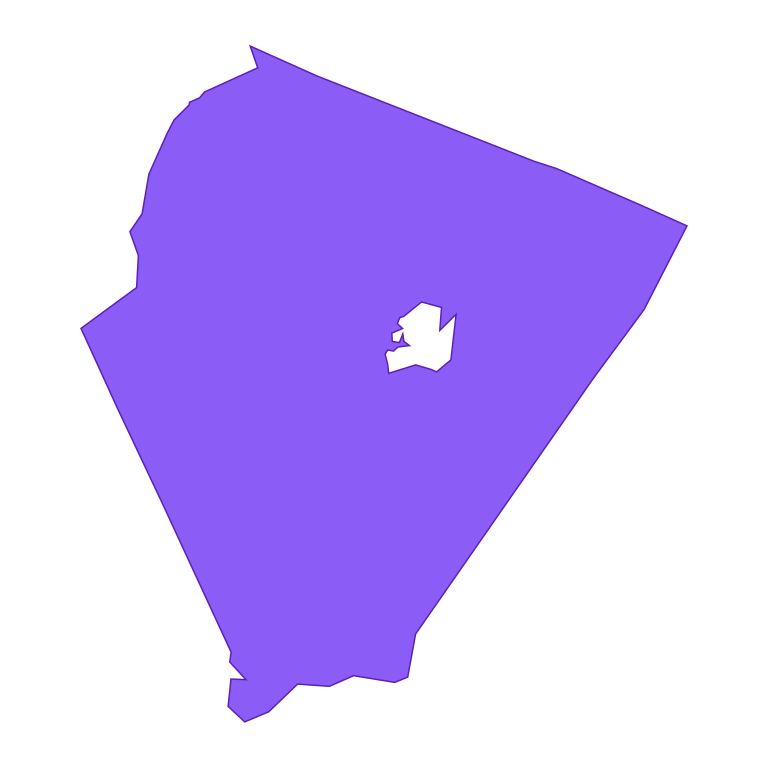 outline of Albemarle, Virginia, United States of America
{"feature_id": "52423323B56828641203792", "entity_name": "Albemarle", "entity_type": "district", "adm_level": 2, "iso_a3": "USA", "parent_name": "United States of America", "parent_adm1": "Virginia", "projection": "mercator", "projection_center": [-78.564, 38.001], "detail": "fine", "context": "isolated", "style": "filled", "palette": "violet", "viewbox_px": 768, "rotation_deg": 0, "n_neighbors": 0, "source": "geoboundaries", "source_scale": "gbopen_adm2", "svg_char_len": 883}
<svg xmlns="http://www.w3.org/2000/svg" viewBox="0 0 768 768"><path d="M415.6,634.0L584.6,390.9L593.3,378.4L644.1,309.5L687.0,225.9L641.3,205.4L557.1,168.8L533.6,161.1L317.0,76.0L250.2,46.1L257.7,67.8L204.5,92.0L199.7,97.7L189.4,102.4L189.2,104.9L174.1,119.9L167.1,133.5L148.9,174.1L142.1,213.8L129.9,231.7L138.4,255.6L136.6,287.6L81.0,328.4L117.1,407.5L163.2,505.2L231.1,652.1L229.8,662.1L246.0,679.7L231.0,679.0L228.1,706.4L244.7,721.9L268.7,711.8L297.6,684.1L329.4,686.3L353.6,675.7L394.9,682.4L407.7,677.1L415.6,634.0ZM385.1,354.1L387.8,349.9L393.5,351.1L398.0,347.0L409.4,345.6L403.9,341.4L402.8,334.0L399.4,342.5L392.3,341.5L391.8,333.1L402.6,328.5L397.3,323.6L399.9,317.5L403.6,316.5L421.5,302.0L441.5,307.4L439.8,330.4L456.1,314.3L450.9,359.9L436.6,371.9L431.3,369.5L415.6,364.9L388.7,373.3L387.6,363.9L385.1,354.1Z" fill="#8b5cf6" stroke="#5b21b6" stroke-width="1.5"/></svg>